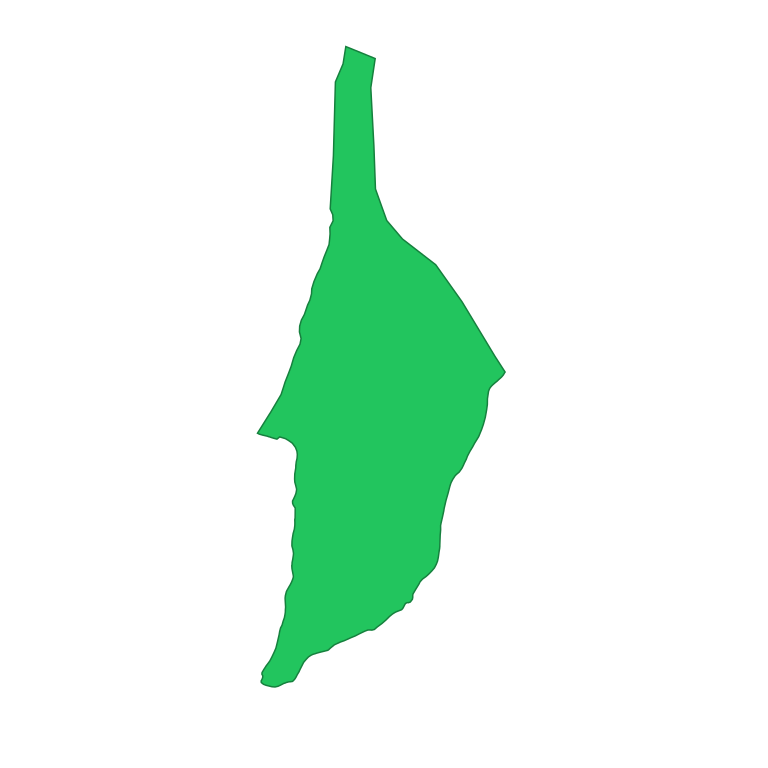 New Village, Micoud, Saint Lucia, rotated 103°
{"feature_id": "8701671B10053189367937", "entity_name": "New Village", "entity_type": "district", "adm_level": 2, "iso_a3": "LCA", "parent_name": "Saint Lucia", "parent_adm1": "Micoud", "projection": "orthographic", "projection_center": [-60.897, 13.825], "detail": "fine", "context": "isolated", "style": "filled", "palette": "green", "viewbox_px": 768, "rotation_deg": 103, "n_neighbors": 0, "source": "geoboundaries", "source_scale": "gbopen_adm2", "svg_char_len": 3514}
<svg xmlns="http://www.w3.org/2000/svg" viewBox="0 0 768 768"><g transform="rotate(103 384 384)"><path d="M460.4,496.2L460.9,494.3L461.1,490.8L461.1,486.1L461.3,484.5L461.3,483.3L461.5,481.8L461.7,478.6L461.8,475.9L460.0,474.5L459.0,473.8L459.4,467.8L460.3,464.9L461.1,462.8L462.3,460.0L465.7,456.0L469.1,453.7L472.2,452.6L475.9,452.0L479.5,452.0L483.1,451.6L485.6,451.1L491.8,450.7L496.8,449.7L499.7,448.8L502.9,447.1L506.1,445.5L507.8,445.3L510.5,445.2L513.2,445.6L516.6,446.3L518.6,446.8L520.8,446.2L522.3,445.2L523.9,443.6L524.6,442.7L526.7,442.2L530.3,441.4L534.5,440.5L536.3,440.4L538.9,439.7L541.7,439.1L545.6,438.7L550.1,438.9L554.6,438.6L557.7,438.3L560.2,437.8L562.5,437.3L566.0,435.4L569.3,434.1L571.3,433.8L575.1,433.5L578.5,433.4L580.7,433.0L581.7,433.0L584.7,432.1L587.9,430.7L590.8,429.4L592.4,428.9L594.4,429.0L597.8,429.5L601.0,430.3L602.8,430.9L606.2,431.9L608.1,432.4L612.3,432.5L614.8,432.2L616.0,431.9L620.1,430.7L623.5,429.7L626.2,429.3L628.6,428.8L631.1,428.6L634.2,428.5L637.7,428.9L642.0,429.1L644.9,429.9L648.7,430.0L651.7,429.8L659.6,429.8L665.7,429.9L670.1,430.7L675.1,431.8L679.4,432.9L682.7,434.3L685.1,435.4L687.4,436.2L689.0,436.8L692.5,437.9L694.2,437.7L695.7,436.4L697.3,436.2L699.1,436.4L701.0,436.9L702.5,436.4L703.7,433.9L704.1,431.1L704.2,425.1L703.7,422.0L702.4,419.3L700.6,417.0L698.2,414.2L697.7,413.2L696.8,412.0L695.6,409.7L695.1,408.0L694.4,406.3L693.5,405.6L691.5,404.5L689.5,403.8L686.6,403.1L683.6,402.1L681.0,401.6L677.0,400.6L673.3,399.7L669.8,397.9L666.9,396.2L664.7,394.1L663.3,392.3L662.1,390.1L661.6,389.4L659.6,385.7L658.8,384.1L656.2,379.0L655.6,378.3L653.2,376.7L649.2,373.6L645.2,368.4L643.2,365.2L638.5,359.0L635.9,355.3L632.9,351.8L629.3,347.3L627.4,344.5L626.9,342.8L626.5,340.4L625.3,338.1L622.1,335.8L617.9,332.2L613.5,329.0L609.2,326.3L606.2,324.0L603.7,321.5L602.3,319.5L600.6,317.0L600.0,316.1L598.8,315.4L597.8,315.0L594.2,314.1L593.1,313.7L591.9,312.5L591.6,311.0L590.5,309.3L587.4,307.9L585.3,308.0L583.2,308.5L582.0,308.5L577.5,307.1L570.9,304.9L568.7,304.4L565.4,302.6L562.2,299.8L560.4,298.5L558.3,297.1L555.3,295.3L551.8,293.5L547.9,292.5L544.5,292.0L540.5,292.1L538.3,292.3L535.1,292.6L531.8,292.8L529.6,293.1L528.3,293.4L518.4,295.3L516.1,295.6L513.4,296.0L510.5,296.7L509.3,297.0L507.3,297.1L500.5,297.1L494.3,297.2L491.8,297.4L483.5,297.4L476.1,297.0L468.6,296.8L465.2,296.5L461.6,295.6L457.5,294.1L455.7,293.0L452.9,290.9L448.5,289.1L445.1,288.3L443.3,288.0L438.8,286.9L435.6,286.5L431.3,285.4L430.2,285.1L425.4,283.5L421.3,282.4L418.7,281.5L413.9,279.9L409.6,279.2L406.7,278.7L403.9,278.4L401.1,278.1L393.7,277.8L385.9,278.2L380.6,278.7L375.1,279.9L370.1,280.3L368.8,280.4L367.9,280.5L366.9,280.4L365.3,280.2L363.9,279.8L362.2,279.0L360.7,278.1L357.9,276.1L355.6,274.3L354.0,273.3L352.5,272.2L350.9,271.1L349.4,270.3L348.2,269.7L346.8,269.3L345.9,269.0L345.1,268.7L332.0,282.2L286.3,326.5L262.7,353.1L256.2,360.4L238.6,398.6L224.1,418.1L212.6,425.5L195.9,436.2L154.3,447.4L119.2,457.5L98.3,463.5L68.9,465.8L64.7,491.4L63.8,497.1L81.3,495.9L100.6,499.3L173.2,484.6L225.5,475.8L230.6,472.0L236.4,470.3L243.5,472.0L249.9,470.3L254.8,469.6L260.4,468.9L266.6,469.8L273.5,470.9L279.7,471.6L286.1,472.2L291.5,473.8L300.0,475.3L307.5,475.8L312.5,474.9L319.1,475.1L324.2,476.2L334.1,477.2L340.4,478.9L346.5,479.2L352.3,478.1L355.0,476.7L358.4,475.0L364.1,474.8L371.0,476.6L378.6,477.9L387.5,478.4L394.3,479.3L404.3,480.8L409.5,481.2L417.4,481.9L437.4,488.2L439.3,488.9L460.4,496.2Z" fill="#22c55e" stroke="#15803d" stroke-width="1.5"/></g></svg>